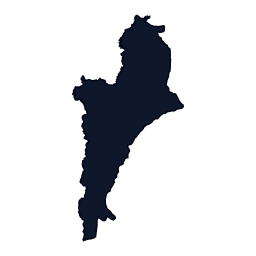 San Pedro De Uraba, Antioquia, Colombia
{"feature_id": "7082276B58704209579915", "entity_name": "San Pedro De Uraba", "entity_type": "district", "adm_level": 2, "iso_a3": "COL", "parent_name": "Colombia", "parent_adm1": "Antioquia", "projection": "mercator", "projection_center": [-76.341, 8.35], "detail": "fine", "context": "isolated", "style": "filled", "palette": "ink", "viewbox_px": 256, "rotation_deg": 0, "n_neighbors": 0, "source": "geoboundaries", "source_scale": "gbopen_adm2", "svg_char_len": 5644}
<svg xmlns="http://www.w3.org/2000/svg" viewBox="0 0 256 256"><path d="M149.7,16.4L148.2,17.1L147.4,16.1L147.1,16.1L146.2,17.7L145.3,16.8L144.8,17.6L145.0,18.4L139.9,18.4L139.8,17.5L137.0,15.4L135.7,16.1L135.8,16.4L134.9,17.4L135.0,18.3L135.4,18.6L135.1,18.9L135.4,18.9L135.4,20.4L134.9,21.1L135.1,21.3L134.7,21.8L134.9,22.0L134.7,22.2L134.7,22.8L134.6,22.7L134.0,23.6L133.7,23.5L133.7,24.0L133.3,24.7L132.1,24.6L132.3,25.1L131.8,25.6L131.5,28.0L130.8,27.7L130.4,28.2L129.0,28.6L128.9,29.3L126.8,29.3L126.0,29.7L126.1,30.0L125.1,30.3L125.4,32.0L124.6,32.6L123.4,34.1L123.4,34.8L121.9,37.3L121.0,37.7L120.5,38.3L120.3,39.1L120.6,39.4L120.1,39.5L121.0,40.6L119.8,40.6L120.2,40.9L120.1,41.5L120.9,41.9L120.3,42.2L120.5,42.7L119.9,42.9L120.6,43.1L120.6,43.6L120.0,43.9L119.8,44.4L120.1,44.7L119.7,45.2L120.0,45.4L119.6,46.4L120.4,46.4L120.6,46.0L121.0,45.9L121.0,46.8L121.7,46.2L121.2,47.7L121.8,47.5L122.0,47.9L122.4,47.6L123.4,48.5L124.9,48.2L124.8,48.9L125.7,49.0L125.4,49.6L126.1,50.0L121.0,54.1L121.7,55.2L122.1,55.3L123.1,56.3L122.3,58.4L122.6,59.5L122.1,60.3L122.0,61.3L122.7,62.6L123.0,64.3L124.0,65.0L123.9,66.1L123.2,67.8L122.8,67.8L122.5,67.2L121.8,67.2L121.4,68.7L120.9,69.1L121.5,70.0L121.6,70.8L120.3,71.7L120.1,73.1L119.4,73.2L119.1,74.0L118.6,74.1L118.4,74.8L118.8,75.3L118.9,75.8L118.4,75.9L118.4,76.3L117.3,76.8L117.5,78.4L117.3,79.1L116.8,79.3L117.4,80.1L116.3,81.3L116.6,81.5L116.6,82.7L116.2,83.3L116.5,83.6L115.9,84.4L114.9,84.0L114.8,84.6L114.0,84.9L113.7,84.7L113.5,85.2L113.3,84.9L113.2,85.2L112.2,85.6L111.3,85.4L111.1,85.0L110.4,85.4L109.7,85.1L109.5,85.3L109.1,85.0L107.6,85.1L107.5,84.2L106.9,84.3L106.9,84.0L106.2,83.9L105.9,83.3L105.5,83.3L105.4,82.7L105.0,82.6L105.3,82.4L104.8,81.7L105.3,81.5L105.0,80.9L104.8,81.3L104.7,80.8L103.6,80.8L103.6,80.1L103.2,79.9L101.7,79.8L101.4,79.6L101.2,79.8L100.0,78.5L99.6,79.2L98.8,79.6L98.2,80.8L97.7,81.0L97.2,80.9L96.1,80.0L95.7,80.4L94.9,80.4L94.6,80.8L94.3,80.5L92.8,80.8L91.8,80.5L90.9,80.6L90.2,79.9L88.7,79.7L87.6,80.2L86.5,80.1L86.1,80.4L85.5,80.4L84.6,79.6L84.8,79.5L84.4,78.2L83.7,77.0L83.0,76.0L82.6,76.1L82.0,77.7L81.4,78.1L81.2,79.1L81.4,79.7L82.0,80.0L82.6,80.8L82.0,82.2L82.4,82.5L82.7,82.4L83.4,84.6L82.3,85.7L80.3,86.4L79.9,87.2L75.6,86.9L75.0,87.8L74.9,89.4L74.2,89.5L73.6,90.6L73.5,91.3L73.8,92.2L72.8,93.9L73.2,94.7L73.8,94.5L74.4,95.2L75.2,95.1L75.1,96.2L74.3,96.4L74.1,97.2L74.6,98.1L75.3,98.5L75.1,99.3L75.6,99.9L77.9,99.9L79.1,99.0L79.8,99.3L80.6,100.3L81.4,99.8L81.6,100.6L81.3,101.6L82.8,102.2L83.0,103.0L84.2,104.7L85.1,107.8L85.2,109.4L86.5,110.1L87.0,112.9L87.5,113.7L87.4,114.4L86.6,114.5L85.8,115.1L84.6,114.8L83.2,115.7L82.5,116.4L82.3,117.6L82.7,119.2L83.5,120.5L83.8,122.4L83.3,123.4L82.4,123.9L82.5,124.7L82.1,125.4L82.1,126.7L83.3,126.8L83.0,128.0L83.8,128.5L84.0,129.7L83.9,130.8L83.4,131.0L83.3,131.3L84.3,132.2L84.0,133.1L85.1,134.0L86.0,134.2L85.7,134.6L85.7,136.6L84.8,136.8L84.3,138.1L85.2,138.8L87.6,139.4L88.5,140.6L88.1,141.0L88.5,141.8L89.0,141.9L88.7,142.8L87.2,142.8L86.0,144.8L86.8,147.6L85.5,149.8L86.0,153.0L85.4,154.1L86.9,156.8L85.5,157.9L84.3,158.3L84.1,160.6L82.9,160.7L82.4,163.9L82.6,165.8L83.3,167.7L84.0,168.3L84.3,169.8L84.2,171.5L83.3,171.5L83.1,172.7L82.9,172.8L82.8,174.4L82.2,174.9L81.8,177.9L81.3,179.0L80.8,179.2L81.2,179.7L81.0,180.4L80.7,180.5L80.2,181.8L80.6,182.0L80.8,182.6L81.4,182.0L82.3,184.2L83.7,185.9L85.3,185.5L86.3,185.9L86.2,187.3L86.7,188.5L86.3,189.8L85.7,190.2L86.2,191.0L85.8,192.5L85.8,193.5L84.6,195.3L85.1,197.7L82.9,198.5L81.6,198.3L81.3,198.6L81.0,199.7L79.5,200.3L79.1,201.7L78.9,203.8L79.4,204.9L78.9,205.8L78.8,208.6L79.4,211.2L78.6,212.0L79.5,213.7L79.7,215.3L80.2,215.7L80.3,216.9L81.8,217.6L81.9,218.7L82.4,219.4L83.9,219.6L84.3,219.9L84.2,222.5L83.4,223.5L83.8,223.9L83.2,225.0L83.7,225.6L84.0,226.9L84.5,227.2L84.3,229.1L83.2,231.7L83.5,232.1L84.2,232.1L84.1,232.8L84.6,233.8L83.8,238.0L83.1,239.2L83.5,240.6L87.7,239.1L91.6,238.6L94.5,237.5L95.6,236.4L97.0,224.8L96.9,220.5L97.3,218.9L98.6,217.5L99.1,217.5L101.6,219.7L103.5,220.6L104.9,220.5L105.5,219.9L106.2,218.3L106.2,217.5L107.1,216.5L108.4,217.0L111.0,218.9L113.4,219.9L115.3,218.2L115.3,217.4L114.7,216.3L112.2,214.2L109.8,211.0L107.0,208.8L105.5,204.5L105.2,201.6L105.3,198.7L106.4,194.1L107.9,192.0L109.9,191.1L110.2,189.8L111.5,186.8L112.5,185.8L113.6,183.1L114.4,182.4L114.0,181.6L114.0,179.2L116.7,176.9L116.3,175.9L116.6,175.0L117.3,172.8L118.1,172.4L118.4,171.6L118.0,169.4L118.5,166.6L120.0,165.1L121.5,164.8L123.0,163.7L123.3,163.2L123.2,161.9L124.4,160.3L124.5,159.2L125.3,158.3L126.1,157.9L127.9,157.6L127.7,155.9L128.0,153.4L129.5,151.1L129.2,149.8L127.7,147.0L127.8,145.5L128.7,144.7L130.3,144.6L131.7,143.7L133.6,140.6L134.7,137.7L135.7,137.4L139.5,132.2L142.4,129.7L143.4,128.1L143.7,127.2L146.7,124.8L148.6,124.2L151.8,122.2L152.6,120.6L154.6,119.3L155.1,118.7L157.6,118.6L160.6,115.2L161.7,114.6L162.7,113.6L165.5,113.2L166.3,112.2L168.8,111.4L171.8,110.8L174.4,110.8L177.0,109.0L181.7,108.3L183.2,106.8L183.1,105.1L182.3,104.8L179.5,101.7L175.8,94.4L174.5,93.7L172.9,94.3L172.0,92.8L170.7,92.5L169.0,91.4L168.4,90.1L168.8,89.3L168.6,88.1L166.0,85.2L166.4,82.5L166.8,81.6L166.8,80.3L168.3,76.9L168.8,72.5L169.9,71.0L170.0,70.1L170.5,59.2L170.0,57.5L170.3,55.7L169.9,49.1L167.6,47.1L167.2,45.4L165.7,44.6L163.9,42.8L163.2,41.6L161.7,40.5L161.4,39.7L161.3,38.3L159.1,36.9L158.1,35.5L157.6,33.8L157.6,32.5L157.9,32.1L158.4,32.0L160.0,32.3L162.2,31.9L163.6,31.4L164.2,30.2L164.4,26.8L164.1,26.1L163.5,25.8L159.6,26.5L157.5,26.7L156.1,26.3L154.5,26.7L153.6,26.1L151.7,25.8L150.2,25.0L144.9,21.1L146.6,19.9L147.3,18.5L149.1,18.0L149.7,17.2L149.7,16.4Z" fill="#0f172a" stroke="#020617" stroke-width="1.5"/></svg>